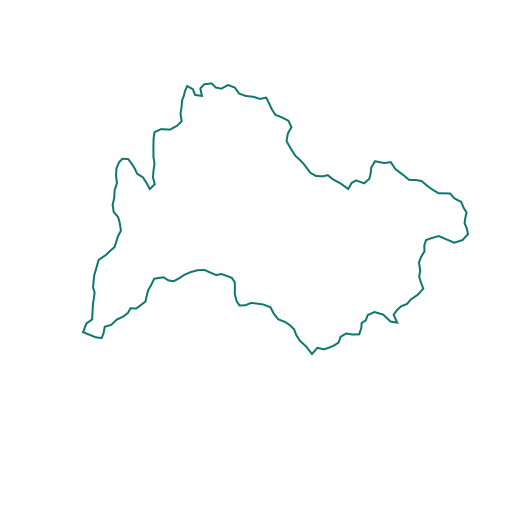 Gonzaga, Minas Gerais, Brazil (Albers equal-area conic projection), rotated 123°
{"feature_id": "56859067B49694268635094", "entity_name": "Gonzaga", "entity_type": "district", "adm_level": 2, "iso_a3": "BRA", "parent_name": "Brazil", "parent_adm1": "Minas Gerais", "projection": "albers", "projection_center": [-42.499, -18.87], "detail": "fine", "context": "isolated", "style": "outline", "palette": "teal", "viewbox_px": 512, "rotation_deg": 123, "n_neighbors": 0, "source": "geoboundaries", "source_scale": "gbopen_adm2", "svg_char_len": 2604}
<svg xmlns="http://www.w3.org/2000/svg" viewBox="0 0 512 512"><g transform="rotate(123 256 256)"><path d="M414.1,359.5L412.5,351.7L411.6,346.4L408.9,340.8L403.8,341.8L397.7,344.3L392.6,339.9L385.4,338.2L378.6,334.2L373.5,332.4L368.2,332.8L365.2,327.8L360.0,325.9L354.5,323.9L349.4,325.8L343.5,327.8L337.7,328.1L330.5,329.0L324.2,322.0L324.2,316.3L322.0,311.3L316.3,308.2L310.9,305.9L305.3,302.2L299.7,297.2L295.8,291.6L294.6,284.4L293.7,279.0L290.0,275.3L288.7,270.0L287.5,264.4L289.5,259.6L293.9,256.5L299.2,253.3L304.3,247.9L306.5,242.9L303.3,238.3L297.9,234.4L295.3,229.1L292.7,223.4L291.1,215.9L294.5,210.1L297.0,203.0L295.5,195.8L295.5,190.4L296.7,184.2L300.4,179.2L303.1,173.3L304.6,164.6L307.7,155.7L299.6,154.5L297.2,148.1L292.9,144.7L288.7,141.9L283.6,139.6L277.7,141.1L271.9,138.2L269.3,132.3L265.5,126.8L259.2,128.4L254.7,130.9L250.1,128.9L244.8,130.1L238.5,126.2L235.9,117.5L237.7,107.4L235.0,101.3L230.3,108.6L224.5,108.3L219.1,106.9L214.0,103.3L207.9,102.4L200.6,99.3L192.3,97.9L188.4,103.2L184.7,107.7L178.6,110.5L172.7,115.8L167.1,117.0L160.2,117.3L155.7,120.5L150.1,122.1L145.6,118.7L139.8,113.7L138.2,104.7L136.9,97.0L130.2,91.5L122.2,90.1L118.0,94.3L114.8,99.0L110.1,101.2L104.7,103.2L102.6,108.0L98.9,113.3L99.6,120.9L97.9,127.3L100.8,132.1L103.9,136.9L104.2,143.4L103.9,150.6L102.9,157.9L105.2,163.3L108.8,169.1L107.9,176.2L107.2,186.5L103.9,194.1L108.2,199.1L111.7,207.8L119.1,207.5L123.9,205.0L129.5,203.0L136.1,204.8L138.1,213.2L142.7,215.6L149.6,215.1L149.1,224.9L149.8,233.1L149.1,239.8L152.8,243.4L156.2,249.2L156.6,255.8L154.7,261.0L152.8,266.2L151.5,271.7L150.5,277.6L147.1,285.2L143.0,293.0L135.6,296.1L128.7,296.4L124.9,302.5L125.8,310.6L127.1,316.5L124.4,322.5L120.8,328.3L117.6,333.7L122.1,338.2L123.9,344.9L127.3,351.6L129.0,358.6L126.3,365.4L127.7,372.4L134.6,376.3L136.6,381.4L135.4,387.2L140.1,392.9L145.7,394.0L151.2,388.6L154.1,394.7L150.5,399.9L151.0,406.3L156.3,405.4L160.8,403.8L165.9,402.7L170.9,399.9L177.8,396.8L183.4,391.8L189.7,393.1L196.9,397.0L201.3,404.7L207.4,408.6L213.0,406.0L218.6,402.6L223.4,399.5L228.9,395.9L233.7,391.5L240.4,388.4L246.2,385.2L251.0,380.0L257.7,381.6L254.1,388.1L251.6,393.8L251.8,400.6L248.9,404.9L246.7,409.6L244.3,416.0L247.2,421.0L252.1,421.9L258.9,420.6L265.1,417.0L270.4,412.4L278.0,410.3L284.4,406.6L291.2,404.1L296.6,399.3L298.5,392.8L302.2,388.6L308.3,383.1L315.2,382.4L320.7,380.8L325.5,379.5L331.0,381.1L337.1,382.5L344.9,385.9L352.3,383.6L360.5,381.1L366.7,377.9L371.1,375.5L374.5,371.5L379.6,369.0L384.7,366.8L391.1,363.1L398.4,358.9L405.0,361.5L414.1,359.5Z" fill="none" stroke="#0f766e" stroke-width="2"/></g></svg>